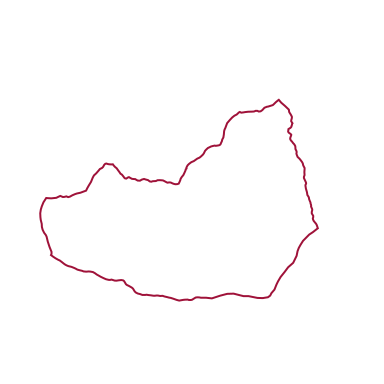 the district of Tsamang, Mongar, Bhutan, rotated 116°
{"feature_id": "84629894B64921010136115", "entity_name": "Tsamang", "entity_type": "district", "adm_level": 2, "iso_a3": "BTN", "parent_name": "Bhutan", "parent_adm1": "Mongar", "projection": "mercator", "projection_center": [91.133, 27.369], "detail": "fine", "context": "isolated", "style": "outline", "palette": "rose", "viewbox_px": 384, "rotation_deg": 116, "n_neighbors": 0, "source": "geoboundaries", "source_scale": "gbopen_adm2", "svg_char_len": 4606}
<svg xmlns="http://www.w3.org/2000/svg" viewBox="0 0 384 384"><g transform="rotate(116 192 192)"><path d="M312.2,267.9L312.1,267.2L311.9,264.2L311.9,262.8L312.0,261.0L311.6,258.8L311.0,256.1L310.9,254.6L310.4,253.3L310.0,252.2L308.8,250.2L308.2,248.8L307.4,246.0L307.5,243.8L307.9,241.6L308.0,240.5L308.0,239.9L308.2,237.1L308.2,234.0L308.1,231.1L307.5,228.4L307.0,227.2L306.0,225.9L305.8,224.6L305.5,222.6L304.8,221.0L303.6,219.3L302.4,217.4L302.0,216.6L301.6,215.0L301.9,213.9L302.8,212.5L303.8,211.0L304.1,209.9L304.1,208.9L304.1,207.3L304.2,205.7L304.3,204.2L304.7,202.7L305.6,201.3L306.5,199.9L307.0,198.2L307.0,196.1L306.5,193.9L306.3,191.6L305.0,188.9L304.2,187.7L303.8,186.2L302.9,183.7L302.2,181.4L301.6,180.0L300.7,178.7L300.0,177.3L299.4,175.0L298.2,172.9L298.0,171.1L297.3,168.0L297.0,166.4L296.5,164.7L296.1,161.9L295.7,158.4L295.2,155.9L292.8,152.6L291.8,151.0L290.6,148.7L290.4,147.3L289.6,145.7L288.7,144.6L287.5,143.9L285.3,142.5L284.4,141.2L283.6,139.4L283.1,137.6L280.9,133.1L278.9,127.5L272.8,121.2L268.1,115.7L265.1,110.0L263.9,104.2L263.0,100.0L260.8,95.5L258.5,86.7L256.3,81.8L255.2,80.3L253.3,77.6L250.8,76.3L248.2,76.3L243.6,75.1L238.1,75.5L234.6,75.5L229.5,75.1L223.3,73.7L217.5,72.6L211.3,70.0L203.5,70.0L198.9,71.2L195.4,71.5L191.9,71.3L187.2,70.8L178.9,68.0L175.0,65.7L169.4,63.0L168.9,63.6L168.5,63.9L167.9,64.5L167.1,65.3L166.7,65.8L166.1,66.7L165.5,68.1L164.6,70.0L163.5,71.3L162.6,71.9L161.9,71.9L160.4,72.5L159.7,73.5L158.8,74.9L157.5,75.6L155.6,76.0L154.8,76.4L154.0,77.3L152.9,78.6L152.1,78.9L151.2,79.5L150.5,80.3L149.4,81.0L148.4,82.2L147.2,83.5L145.8,84.5L145.1,85.3L144.2,86.9L143.1,87.7L141.9,88.5L138.9,91.2L136.6,92.8L135.9,93.1L134.8,93.1L134.0,93.3L133.0,94.3L131.4,96.3L130.3,97.6L129.1,98.1L127.7,98.2L127.0,98.5L125.8,99.2L125.1,99.6L124.2,100.0L121.7,101.0L120.9,101.5L120.1,102.7L119.1,103.9L117.8,104.9L116.9,106.1L115.7,108.4L114.9,110.1L114.5,111.5L114.1,112.6L113.5,113.2L112.6,114.2L111.7,115.0L110.6,115.3L109.7,115.8L108.8,116.8L108.4,117.5L107.6,118.1L107.0,118.4L106.3,118.8L105.5,119.3L104.7,120.4L104.1,121.5L103.9,122.2L103.3,123.4L102.8,124.3L102.4,125.5L101.7,126.6L101.1,127.1L99.8,127.5L97.6,127.7L96.9,128.0L96.5,129.4L96.4,130.3L96.1,131.4L95.5,132.1L94.3,132.5L93.2,132.9L92.2,132.3L91.3,131.7L90.5,131.4L89.6,131.3L89.0,131.5L87.8,131.6L86.9,131.9L86.2,131.8L85.9,132.2L85.4,133.1L85.0,133.8L84.4,134.1L83.8,134.3L82.5,134.5L81.4,134.8L80.6,135.2L80.1,135.8L79.0,137.3L78.3,138.5L77.5,139.7L75.5,141.1L73.9,146.1L72.6,151.0L71.1,154.4L71.8,154.8L74.5,156.0L77.6,157.1L78.5,157.5L80.4,159.5L81.9,161.1L82.5,162.0L84.5,163.8L85.8,164.2L87.6,164.7L89.4,165.7L90.4,167.2L90.4,168.8L91.1,170.3L92.5,171.6L93.3,173.0L95.3,176.8L96.9,179.3L98.0,180.8L99.1,182.5L99.1,184.1L99.9,184.7L102.8,185.8L104.8,187.3L107.3,188.5L110.5,189.5L114.7,190.6L117.9,190.3L119.7,190.1L121.6,190.1L123.2,189.8L126.3,188.6L129.3,187.7L131.6,187.8L133.3,187.4L135.1,187.4L136.7,187.3L137.8,187.8L138.7,188.9L140.1,190.9L140.3,191.9L141.4,193.3L142.7,194.8L144.0,195.8L145.5,197.0L147.6,197.8L149.2,198.3L150.2,198.3L151.9,198.3L153.4,198.5L156.1,199.5L157.8,200.3L159.7,201.9L163.4,203.9L165.5,205.7L168.1,207.0L169.8,207.6L171.0,207.7L172.6,207.7L173.3,207.2L174.4,207.6L175.4,207.3L178.6,207.2L180.6,207.2L183.1,207.8L185.2,208.0L186.6,207.7L188.9,207.6L190.3,207.6L191.3,208.6L192.2,210.1L192.6,211.5L192.8,213.3L192.8,215.2L193.3,216.6L194.4,218.2L194.4,219.7L194.3,221.7L194.3,223.1L194.8,224.5L195.6,226.4L196.5,228.1L198.0,229.3L199.5,232.0L200.6,233.1L201.0,234.6L200.6,236.8L201.1,239.3L201.3,240.8L202.8,242.5L204.6,243.7L205.5,245.7L205.5,247.1L205.3,248.6L206.1,250.6L206.5,251.8L206.4,253.6L206.3,255.2L207.1,256.0L208.7,256.9L209.1,258.1L208.9,259.0L208.0,260.7L207.1,262.6L206.9,264.3L206.1,265.6L204.8,268.1L203.7,270.1L203.2,272.2L202.4,274.2L201.8,275.3L202.5,276.4L203.2,278.1L203.7,279.6L204.0,281.5L204.7,282.3L206.0,282.8L208.4,282.9L209.8,283.4L211.8,284.9L213.6,285.3L217.3,286.3L220.1,287.4L222.6,287.5L227.2,287.2L231.3,287.6L234.3,287.8L237.2,287.8L241.6,292.0L243.8,294.8L245.2,296.2L247.4,298.1L249.7,299.7L250.9,301.1L251.0,303.0L252.3,304.5L253.1,305.8L253.2,307.7L253.3,308.7L254.9,310.0L256.7,311.4L259.4,315.7L260.7,318.8L261.3,320.4L266.4,321.0L270.8,320.7L274.0,320.2L277.6,319.1L281.1,317.2L283.4,315.7L286.5,313.1L289.2,311.6L291.4,309.7L293.5,307.0L294.7,304.6L295.9,303.1L299.9,299.8L303.9,295.9L307.4,292.0L309.3,291.1L310.5,291.1L310.6,290.5L311.0,288.5L311.4,285.6L311.6,282.2L311.5,281.0L312.0,278.4L312.6,275.7L312.9,273.8L312.9,271.9L312.8,270.6L312.2,267.9Z" fill="none" stroke="#9f1239" stroke-width="2"/></g></svg>